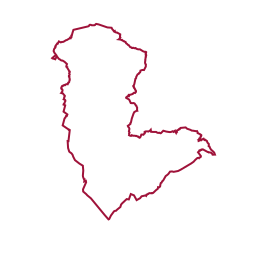 Takhli, Nakhon Sawan, Thailand (orthographic projection), rotated 14°
{"feature_id": "78962969B90565511373435", "entity_name": "Takhli", "entity_type": "district", "adm_level": 2, "iso_a3": "THA", "parent_name": "Thailand", "parent_adm1": "Nakhon Sawan", "projection": "orthographic", "projection_center": [100.411, 15.253], "detail": "fine", "context": "isolated", "style": "outline", "palette": "rose", "viewbox_px": 256, "rotation_deg": 14, "n_neighbors": 0, "source": "geoboundaries", "source_scale": "gbopen_adm2", "svg_char_len": 5772}
<svg xmlns="http://www.w3.org/2000/svg" viewBox="0 0 256 256"><g transform="rotate(14 128 128)"><path d="M218.8,132.8L217.6,131.0L215.6,129.8L213.8,128.9L212.4,127.5L211.6,126.3L210.7,126.2L210.3,124.0L208.6,122.9L207.7,121.5L206.6,121.2L206.4,121.0L205.5,121.2L205.3,120.9L205.3,120.6L205.1,120.5L203.9,120.9L203.7,120.3L202.6,121.2L202.0,121.5L201.9,122.2L201.4,122.2L201.2,121.6L200.5,121.9L200.6,122.5L200.2,122.6L200.4,122.7L200.4,122.9L199.6,123.5L199.5,123.3L199.8,122.9L199.4,122.4L199.8,121.6L199.7,121.1L200.0,121.0L200.2,120.3L200.6,119.7L200.6,119.2L200.8,118.8L200.5,118.4L201.0,117.7L200.8,117.1L199.5,116.6L196.8,116.1L196.7,115.4L195.7,114.3L195.2,114.6L191.5,114.9L190.5,115.1L189.1,114.7L185.5,114.4L183.8,113.5L179.0,115.2L178.9,115.6L178.4,116.0L178.5,116.6L178.3,116.9L177.5,117.0L177.2,117.8L176.3,118.3L176.1,118.7L176.0,119.0L176.3,119.7L175.9,119.9L176.0,120.7L175.7,120.7L175.7,121.0L175.4,120.7L175.7,120.5L175.4,120.4L175.3,120.2L174.6,120.2L174.3,119.6L174.2,119.8L173.7,119.7L173.1,120.8L172.0,120.4L170.6,121.5L169.4,121.9L166.1,122.2L162.9,122.1L161.3,124.9L161.0,125.2L160.3,125.2L159.6,125.0L158.7,125.4L157.6,125.5L156.2,125.0L153.1,125.8L151.3,126.1L150.5,124.2L150.1,125.0L148.7,126.5L147.4,126.6L145.6,127.2L145.2,127.7L145.5,127.9L145.3,128.5L145.6,128.7L145.5,129.3L144.9,130.0L144.6,130.8L143.1,130.9L142.5,131.2L142.5,131.9L142.3,133.3L142.1,133.6L142.1,134.0L141.6,134.3L141.7,134.5L141.4,134.7L140.0,133.9L139.8,134.1L138.2,133.6L137.7,133.9L136.7,133.8L135.0,134.2L133.4,134.1L133.3,134.7L132.1,135.0L130.7,134.7L130.7,133.6L130.3,132.9L130.6,132.0L129.7,131.1L129.6,128.5L128.8,127.3L127.9,126.8L127.3,126.0L129.3,123.6L129.1,123.0L129.3,122.9L129.5,121.6L129.4,117.9L129.9,112.5L130.3,110.9L131.6,109.8L132.2,109.1L132.8,109.0L132.4,108.2L131.9,105.9L130.7,104.7L130.6,104.2L129.9,104.0L128.6,102.7L127.5,102.4L126.5,102.8L125.6,102.9L125.2,103.1L124.6,103.1L122.4,100.3L121.6,99.9L119.0,99.3L118.8,98.8L119.9,97.3L121.2,97.0L121.2,96.5L120.6,95.9L120.7,95.6L121.0,95.5L121.5,95.6L124.3,93.9L124.3,93.6L125.5,92.2L126.4,92.3L127.0,91.0L126.8,90.1L126.1,89.6L125.8,89.0L125.3,88.7L125.1,88.2L124.6,87.7L124.1,87.6L123.7,86.4L123.1,86.4L122.9,85.9L123.3,85.3L123.5,83.8L123.3,78.5L123.5,78.4L123.8,77.5L123.6,76.5L124.3,73.7L124.7,73.2L125.2,73.0L125.5,72.4L125.5,71.8L126.3,71.1L126.2,69.3L127.9,68.2L129.5,67.9L130.4,64.1L130.1,62.8L130.1,62.3L129.7,62.0L129.4,61.4L129.1,61.3L128.6,60.0L128.5,58.3L128.2,57.8L128.3,56.8L128.0,55.9L128.2,55.2L128.0,54.8L128.1,54.2L127.9,54.0L128.0,53.5L127.7,53.1L128.0,52.8L127.8,52.4L127.6,52.5L127.1,51.8L127.3,50.6L127.3,50.0L127.0,49.8L126.5,49.8L125.7,50.1L124.0,49.9L120.6,48.8L118.8,49.2L117.6,49.2L116.0,48.6L115.6,49.0L113.6,48.9L113.2,49.3L112.3,49.4L111.9,49.0L110.6,49.0L108.6,47.4L107.9,47.4L106.7,46.6L105.7,46.3L104.8,45.1L104.4,45.2L103.2,44.7L102.7,44.9L100.9,44.0L100.6,44.3L99.4,44.0L97.7,44.2L98.0,43.9L98.0,43.4L98.7,42.0L98.2,41.5L97.9,40.2L98.0,39.8L97.8,39.0L94.1,38.0L93.7,38.2L92.3,38.1L91.7,37.0L90.9,37.6L89.8,36.5L89.0,36.1L87.8,34.7L83.7,35.4L74.5,34.6L71.9,34.7L71.2,35.6L71.1,36.0L70.4,36.5L68.0,37.1L67.0,36.9L66.0,37.1L65.7,37.4L65.3,38.6L64.8,39.0L51.6,45.8L51.3,46.0L51.1,49.5L51.1,52.1L50.7,52.2L51.1,53.6L50.0,54.2L50.5,54.9L49.4,55.4L47.4,57.4L46.5,57.9L44.7,59.8L43.9,60.3L43.0,60.5L42.1,61.2L40.0,60.7L39.4,63.2L38.9,63.1L37.9,65.6L37.7,66.3L38.0,66.5L37.9,66.9L38.1,67.0L38.0,67.7L37.4,68.6L37.2,69.5L37.2,71.3L38.4,72.8L40.7,74.6L39.3,76.0L37.5,78.6L37.9,78.8L38.2,78.7L40.8,78.9L40.9,78.1L41.8,75.8L44.1,77.6L45.8,78.1L46.3,78.4L47.1,78.6L48.2,78.4L50.4,79.1L53.3,80.7L53.2,82.1L53.3,83.4L54.3,83.6L54.3,84.1L54.6,84.4L56.3,86.0L57.1,87.1L57.7,87.2L58.0,87.7L57.6,89.1L58.1,89.5L58.5,90.3L58.0,91.4L58.2,92.3L58.7,92.3L58.8,93.1L59.0,93.3L59.1,93.7L59.4,94.0L59.6,95.1L59.9,95.4L59.7,96.4L59.8,97.6L59.7,98.0L59.0,98.5L59.1,99.3L58.9,100.1L58.5,100.0L57.5,100.5L57.0,100.9L56.7,101.5L56.3,101.4L55.2,102.1L55.3,102.4L55.1,102.6L54.4,102.9L54.1,103.5L53.8,103.5L53.5,105.0L53.7,105.3L53.7,105.7L54.1,105.8L54.3,106.0L54.3,106.4L55.1,106.7L55.4,107.4L55.4,108.6L55.1,109.1L55.2,109.5L54.8,110.2L56.7,110.3L57.4,111.0L58.9,112.0L59.0,112.4L58.6,113.6L58.9,114.0L58.9,114.7L58.6,115.7L60.3,116.1L60.6,116.5L60.7,117.3L60.4,118.1L60.4,119.8L60.0,119.9L59.8,120.4L59.8,120.9L61.0,121.0L61.6,121.2L61.5,127.7L65.9,129.5L65.7,131.2L65.0,131.3L64.7,133.2L64.3,133.6L64.1,134.2L64.0,141.3L69.9,143.5L71.2,143.8L71.2,144.2L72.0,144.2L73.4,155.2L72.6,155.3L74.7,161.9L76.6,165.0L77.1,165.4L79.2,166.2L80.6,167.3L81.8,169.1L84.3,172.0L89.5,174.3L93.3,175.5L94.9,180.1L95.7,185.0L96.1,186.1L97.5,188.2L98.2,188.2L98.5,190.5L99.9,189.5L100.5,190.8L99.2,198.4L99.9,200.5L103.5,202.3L104.8,203.2L109.0,205.2L126.3,218.0L131.2,221.4L131.8,220.9L132.6,217.1L134.6,212.2L135.5,211.5L136.4,211.2L137.2,209.8L139.7,206.5L139.8,204.1L140.3,202.9L143.9,197.3L146.1,197.1L146.7,191.4L150.1,191.9L153.8,195.9L156.7,193.2L157.7,191.0L161.2,189.2L162.0,189.5L162.1,188.5L162.4,188.3L162.3,188.0L163.6,187.1L163.6,186.8L164.6,186.0L166.9,185.6L166.9,185.3L168.1,184.9L170.3,181.4L171.6,179.8L171.5,178.1L172.5,178.1L173.3,177.0L173.1,175.7L173.2,175.4L173.1,175.2L173.1,173.5L173.8,172.9L173.9,172.1L174.3,171.0L174.5,170.9L174.8,170.5L176.2,165.5L177.4,164.1L178.3,162.8L179.3,160.2L181.2,159.5L182.9,159.5L187.0,157.6L189.4,155.5L197.8,147.2L199.8,144.9L201.0,142.6L202.6,140.3L203.9,139.8L204.2,140.0L204.4,139.5L205.4,138.8L205.6,138.2L205.5,137.6L201.8,134.6L202.1,134.1L202.3,134.1L202.6,133.2L202.6,132.8L203.3,132.7L203.4,132.4L203.7,132.1L203.6,131.9L204.3,131.6L204.4,131.3L204.8,131.4L205.2,130.8L205.8,130.6L211.1,132.0L211.7,131.9L212.2,132.2L212.9,131.9L214.6,131.9L215.9,132.6L216.5,133.4L218.8,132.8Z" fill="none" stroke="#9f1239" stroke-width="2"/></g></svg>